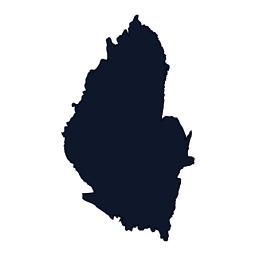 the district of Sephokong, Leribe, Lesotho
{"feature_id": "5366337B15377139877013", "entity_name": "Sephokong", "entity_type": "district", "adm_level": 2, "iso_a3": "LSO", "parent_name": "Lesotho", "parent_adm1": "Leribe", "projection": "equal_earth", "projection_center": [28.145, -28.812], "detail": "fine", "context": "isolated", "style": "filled", "palette": "ink", "viewbox_px": 256, "rotation_deg": 0, "n_neighbors": 0, "source": "geoboundaries", "source_scale": "gbopen_adm2", "svg_char_len": 5779}
<svg xmlns="http://www.w3.org/2000/svg" viewBox="0 0 256 256"><path d="M170.5,225.9L169.3,223.6L168.7,220.0L169.2,218.6L170.6,217.3L170.8,216.5L171.6,216.3L171.4,215.1L173.1,213.6L172.9,212.5L172.3,212.2L174.1,209.8L174.8,208.0L174.8,206.2L174.5,204.9L175.0,203.1L174.4,202.1L175.2,200.7L175.0,198.8L175.2,197.7L176.2,197.7L177.7,194.1L177.7,191.1L178.3,189.9L179.2,186.7L179.3,185.1L180.0,184.2L180.2,183.0L180.4,179.8L179.8,178.8L177.3,178.5L176.6,177.8L176.6,176.8L179.2,172.2L178.7,171.3L180.6,168.7L182.5,168.0L182.9,166.6L184.8,165.9L186.4,165.8L187.7,165.1L189.4,165.2L191.5,164.1L192.3,163.2L193.4,163.5L193.8,162.6L193.1,161.5L193.8,159.8L193.8,158.5L192.5,157.6L191.2,157.1L188.9,157.1L187.9,156.7L187.1,155.4L187.1,151.4L187.5,149.5L188.1,149.1L188.3,148.2L187.7,146.5L188.1,145.7L189.2,140.6L190.2,137.3L190.8,136.4L191.2,133.3L191.0,131.5L190.2,132.2L190.0,133.2L188.7,135.6L187.9,136.1L186.4,138.5L185.4,139.3L185.2,135.9L182.3,128.4L179.1,123.3L178.5,121.2L176.6,118.2L173.9,118.2L172.0,116.7L171.0,116.7L170.4,117.1L169.6,117.1L165.8,116.6L164.1,117.7L162.7,120.1L161.8,120.3L161.8,118.9L161.2,117.0L161.9,113.9L162.4,109.7L163.0,107.1L162.9,106.2L163.1,103.6L163.7,100.3L163.3,99.0L163.1,97.0L163.6,96.3L163.8,95.3L164.2,94.9L163.7,94.4L163.3,93.5L163.3,92.6L163.8,89.8L163.2,88.2L163.6,87.4L164.2,87.1L163.6,85.2L164.2,83.2L163.5,82.9L164.3,82.0L164.0,80.5L164.3,80.6L165.3,80.0L164.7,79.6L165.5,78.4L165.1,77.9L165.6,76.7L165.3,76.7L165.3,75.3L165.8,75.4L166.2,74.6L166.7,74.4L166.0,73.3L165.8,73.4L165.9,73.9L165.4,74.0L165.3,73.8L166.1,72.3L166.4,72.3L166.2,72.9L166.5,73.3L166.8,73.2L166.7,72.8L166.9,72.4L166.1,71.7L166.6,71.2L166.0,69.9L166.7,68.8L166.8,69.0L166.7,69.5L166.8,70.2L167.7,69.8L167.9,70.1L168.2,70.0L168.3,68.9L168.8,68.4L168.4,67.5L168.5,67.1L168.9,67.0L168.8,66.0L168.5,65.5L167.7,65.0L166.2,64.6L165.6,63.1L165.3,63.1L164.5,64.0L164.2,63.5L164.3,61.4L164.8,60.1L165.4,59.4L165.5,58.0L164.8,56.6L165.2,56.2L165.4,55.5L164.1,54.4L162.9,54.0L163.6,52.1L163.2,50.2L162.1,47.6L161.2,47.2L161.2,46.9L160.7,46.6L160.5,45.6L160.7,44.8L160.2,44.5L160.1,43.3L159.5,42.0L159.1,41.7L158.7,40.7L157.5,40.1L157.8,38.4L157.0,37.8L156.7,37.0L157.1,35.4L156.2,34.7L154.6,32.7L153.9,33.1L153.2,32.8L151.7,30.9L151.2,30.9L151.0,31.6L150.5,31.8L150.3,31.4L149.8,29.3L149.4,28.7L148.6,28.8L148.3,28.2L148.3,27.7L147.8,26.9L145.8,26.4L144.7,27.1L144.4,26.6L144.6,26.0L144.1,25.1L141.8,26.3L140.7,26.1L140.8,24.6L140.4,22.9L138.1,20.7L137.5,19.8L137.3,18.3L137.8,16.4L137.8,15.6L137.5,15.4L136.7,15.4L135.2,16.6L133.1,21.6L130.3,23.2L129.9,23.9L130.2,26.7L128.8,28.6L128.8,29.4L129.3,30.8L128.9,32.2L129.3,34.0L129.2,34.8L129.0,35.1L128.6,35.1L127.5,33.9L126.0,30.2L125.4,30.0L124.9,30.3L124.3,31.1L123.9,32.2L122.8,33.9L122.2,35.6L121.5,36.0L120.1,35.8L118.8,37.3L117.6,38.2L117.2,38.8L117.3,40.2L118.6,42.8L118.7,43.4L118.0,44.7L116.2,45.1L115.5,46.0L114.0,44.6L112.5,43.9L111.5,42.6L110.5,39.3L109.6,38.0L108.7,38.0L108.2,38.6L106.8,39.4L106.6,40.3L106.9,41.1L107.2,43.3L107.8,44.4L107.1,47.3L107.1,50.0L107.9,53.1L108.0,56.5L107.9,58.9L107.5,60.0L106.6,60.5L102.4,59.5L101.8,59.8L101.1,60.6L100.3,63.0L100.4,63.4L98.2,67.0L96.6,69.1L95.1,70.2L94.4,70.5L91.0,70.2L90.5,70.8L90.3,71.9L89.0,73.0L88.4,73.9L87.7,76.3L86.2,79.4L86.2,82.8L85.1,85.1L85.2,86.6L86.7,89.8L86.4,90.9L83.3,92.0L83.3,92.5L83.9,93.1L84.5,94.4L83.9,95.3L83.3,95.6L82.4,96.5L82.1,99.4L81.6,100.7L79.9,102.2L78.5,104.5L76.8,104.9L75.7,104.6L73.6,103.4L72.9,103.8L72.5,104.4L72.4,105.4L72.8,106.3L74.9,105.5L75.3,105.6L75.5,105.9L75.3,110.0L76.3,113.1L75.1,113.8L73.4,117.1L71.4,118.6L70.2,121.4L68.9,122.4L67.1,122.8L67.1,123.4L67.7,124.7L68.8,126.1L68.5,126.6L67.6,127.1L65.7,126.9L65.2,127.2L64.9,127.8L65.1,130.6L64.8,132.1L63.5,133.1L62.2,133.1L62.7,134.5L63.7,135.3L63.5,135.8L63.8,136.3L64.3,136.8L65.6,136.8L66.0,137.7L65.3,139.2L65.5,140.0L64.8,142.2L65.2,142.9L65.3,144.3L64.9,144.8L65.1,145.7L64.4,146.0L65.2,147.9L64.7,149.1L65.3,149.7L65.2,150.7L65.6,150.5L65.2,152.0L65.9,152.5L65.8,153.1L66.1,153.9L66.0,154.5L67.7,158.3L68.5,159.4L70.0,160.7L70.5,161.7L71.2,162.4L72.4,162.8L72.8,162.6L73.5,163.3L74.4,164.6L74.4,165.8L73.9,166.2L74.5,166.9L74.4,167.3L74.8,167.3L75.2,166.9L75.5,167.1L76.3,169.2L76.2,169.8L78.2,171.3L79.6,173.5L79.8,174.4L82.1,178.4L83.9,179.8L84.0,180.5L84.3,181.0L85.1,181.0L85.5,181.5L86.3,181.8L86.9,181.8L87.7,183.7L89.3,184.6L90.0,185.3L90.5,185.2L91.3,185.8L92.2,186.8L94.2,191.1L94.3,193.0L87.2,193.8L83.0,193.9L83.2,195.6L83.0,198.3L84.4,199.5L86.3,200.5L92.3,202.9L95.6,204.8L96.7,206.4L105.5,212.4L106.4,213.3L108.7,214.7L109.6,215.6L110.2,216.8L111.3,218.0L112.8,218.9L113.2,216.5L114.4,215.1L116.1,215.9L116.5,216.8L117.3,217.3L117.8,216.5L118.1,215.3L118.8,214.9L119.3,216.2L121.7,217.5L120.1,220.6L122.1,219.9L122.9,218.9L122.7,220.5L121.7,221.8L122.6,223.7L122.8,224.7L123.4,224.8L123.9,225.5L124.6,225.4L125.4,224.1L125.8,227.9L125.6,229.1L126.5,230.2L128.8,228.9L131.4,230.5L131.9,229.1L131.9,228.2L133.0,226.2L133.6,225.7L134.1,226.9L134.3,226.7L134.4,226.1L134.7,226.7L135.4,226.9L135.4,226.6L137.1,224.9L137.5,225.0L138.4,226.6L138.4,228.3L138.7,228.9L140.0,229.6L140.1,229.9L141.8,229.4L142.1,229.8L143.1,229.7L143.5,228.8L144.3,228.1L145.0,228.0L145.2,227.6L146.6,228.1L147.3,227.8L147.6,227.9L149.3,226.9L149.5,225.9L150.1,227.2L150.8,227.6L151.0,229.0L152.4,231.3L152.8,231.5L154.1,231.2L154.9,229.9L154.9,228.7L155.1,228.2L156.4,228.4L156.6,229.2L157.8,229.5L158.7,230.1L159.6,231.3L160.2,233.0L160.9,233.9L161.1,235.4L160.9,236.4L161.0,237.7L161.9,238.2L162.6,237.0L163.8,237.0L164.0,237.3L163.8,238.8L164.3,240.1L164.8,240.4L166.5,240.6L167.4,239.9L167.2,237.6L168.0,236.7L168.2,236.0L167.4,232.4L167.3,231.2L167.7,230.7L169.3,229.5L169.9,227.8L169.7,226.8L170.5,225.9Z" fill="#0f172a" stroke="#020617" stroke-width="1.5"/></svg>